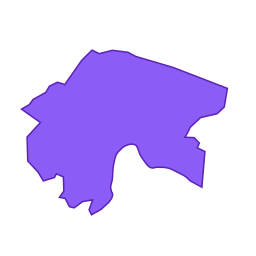 Daviess, Kentucky, United States of America, rotated 173°
{"feature_id": "52423323B15585181357982", "entity_name": "Daviess", "entity_type": "district", "adm_level": 2, "iso_a3": "USA", "parent_name": "United States of America", "parent_adm1": "Kentucky", "projection": "albers", "projection_center": [-87.088, 37.746], "detail": "fine", "context": "isolated", "style": "filled", "palette": "violet", "viewbox_px": 256, "rotation_deg": 173, "n_neighbors": 0, "source": "geoboundaries", "source_scale": "gbopen_adm2", "svg_char_len": 1167}
<svg xmlns="http://www.w3.org/2000/svg" viewBox="0 0 256 256"><g transform="rotate(173 128 128)"><path d="M24.5,155.2L75.9,182.6L111.6,198.1L118.9,203.2L134.1,207.0L147.5,205.3L154.2,209.7L165.5,201.0L185.5,178.8L187.4,179.8L192.5,182.0L200.9,179.1L205.2,173.4L218.6,168.0L223.2,163.2L231.4,159.7L214.3,144.1L229.3,131.3L231.5,107.5L222.5,95.0L218.5,85.8L207.1,87.8L204.6,91.2L198.1,87.3L199.4,73.2L204.5,67.5L199.0,65.8L195.7,57.0L191.2,55.3L182.0,60.5L171.9,60.9L176.6,51.5L174.8,46.3L166.3,49.8L163.9,51.0L155.8,56.8L152.7,60.4L151.7,62.4L151.3,64.2L151.5,65.2L152.1,66.7L152.3,68.5L152.5,70.7L152.2,72.6L150.3,77.5L149.5,80.2L148.1,88.3L147.3,91.8L144.7,99.3L143.8,101.2L142.8,103.1L140.8,105.3L140.5,105.6L135.8,109.3L132.6,110.7L128.7,111.6L125.8,111.5L122.9,110.5L122.2,109.8L121.0,107.4L119.5,100.7L117.9,96.8L113.9,89.6L112.0,87.2L110.8,86.1L109.9,85.7L107.8,85.2L104.6,85.6L96.9,84.5L93.3,83.4L90.3,82.1L78.4,74.1L75.7,71.6L73.7,69.1L73.3,68.5L71.7,67.2L62.0,60.3L61.9,60.2L54.5,95.3L61.7,99.9L59.0,104.3L63.6,110.4L72.7,111.9L69.7,115.6L66.2,121.1L54.7,129.5L37.8,131.3L29.9,137.1L24.5,155.2Z" fill="#8b5cf6" stroke="#5b21b6" stroke-width="1.5"/></g></svg>